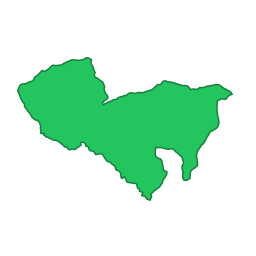 Dungmin, Pemagatsel, Bhutan (Albers equal-area conic projection), rotated 175°
{"feature_id": "84629894B90871610259656", "entity_name": "Dungmin", "entity_type": "district", "adm_level": 2, "iso_a3": "BTN", "parent_name": "Bhutan", "parent_adm1": "Pemagatsel", "projection": "albers", "projection_center": [91.278, 26.981], "detail": "fine", "context": "isolated", "style": "filled", "palette": "green", "viewbox_px": 256, "rotation_deg": 175, "n_neighbors": 0, "source": "geoboundaries", "source_scale": "gbopen_adm2", "svg_char_len": 5881}
<svg xmlns="http://www.w3.org/2000/svg" viewBox="0 0 256 256"><g transform="rotate(175 128 128)"><path d="M70.7,72.3L69.8,78.2L68.9,79.9L67.5,81.0L64.2,82.9L62.3,84.2L61.8,85.7L61.8,88.3L62.2,93.5L61.8,96.4L61.0,98.5L58.4,101.8L57.8,102.4L57.3,103.1L57.2,103.7L56.4,104.4L54.6,105.5L53.6,106.7L50.8,110.8L50.3,111.9L48.5,113.9L47.0,116.6L46.4,117.0L42.1,118.9L40.3,119.8L39.1,120.7L38.3,121.8L37.5,123.6L36.9,125.8L37.1,128.9L37.6,132.2L37.8,137.8L37.5,142.2L37.2,143.4L36.9,144.1L37.0,144.9L37.0,146.5L36.7,147.0L34.0,148.4L32.3,148.9L28.6,148.1L27.4,148.5L26.2,150.4L24.9,151.3L23.7,151.9L22.8,152.2L21.4,152.4L22.4,154.4L23.1,155.5L24.2,156.2L24.7,156.4L25.7,157.1L26.8,157.9L29.2,159.3L30.9,160.7L31.1,161.0L33.0,162.7L34.1,163.2L37.1,163.7L38.5,163.2L40.5,163.1L41.1,162.9L43.4,162.9L44.3,162.7L45.5,162.8L46.3,162.4L48.9,161.9L49.3,161.7L52.3,161.9L52.8,162.1L53.8,161.5L55.5,160.6L57.0,160.5L58.0,160.9L59.1,161.1L60.1,161.2L61.1,160.9L61.7,161.0L62.2,161.1L62.6,161.5L63.0,161.9L63.5,163.0L64.6,164.2L65.7,164.9L66.8,165.2L67.9,165.3L68.3,165.5L70.3,165.5L71.2,165.9L72.3,166.6L72.9,166.7L74.1,167.2L75.2,167.4L75.6,167.6L77.2,168.5L78.2,169.0L81.3,170.0L84.2,170.5L85.2,170.9L86.3,171.7L87.2,171.7L88.2,171.6L89.0,171.4L89.6,170.9L90.1,170.2L91.2,169.0L91.6,168.7L92.0,168.5L92.9,168.4L94.1,168.6L94.8,168.6L95.2,168.4L96.8,167.0L98.2,166.0L100.6,164.1L102.2,163.7L102.7,163.7L105.1,163.2L108.3,162.4L109.9,161.9L111.0,161.9L111.4,162.0L111.8,162.0L112.7,162.3L114.0,162.5L115.9,162.3L116.8,162.0L118.7,161.9L120.1,162.4L121.1,162.6L122.6,162.8L123.5,162.7L124.0,162.5L124.7,162.2L125.9,161.2L126.4,161.0L127.1,160.7L129.4,160.4L129.9,160.3L130.6,160.0L131.3,159.9L132.1,159.9L132.7,159.8L133.3,159.5L134.8,159.2L135.2,159.0L135.8,158.4L136.2,157.9L136.6,157.6L138.1,157.7L138.8,157.5L140.0,157.4L143.6,155.9L145.1,155.6L146.2,155.3L146.5,155.0L147.3,154.7L149.0,154.1L149.3,153.9L149.9,153.3L150.7,153.4L151.1,153.8L151.3,154.3L151.3,154.8L149.8,156.6L147.7,158.0L146.1,159.0L145.3,160.4L145.6,161.9L147.3,164.5L148.1,166.1L148.2,168.4L148.5,169.0L147.7,170.9L148.0,172.7L149.0,174.6L149.1,175.5L149.3,176.2L150.4,176.9L154.1,180.2L154.8,180.7L156.6,181.7L156.8,183.1L156.8,183.5L156.9,184.2L155.9,185.8L156.6,188.2L157.0,189.0L157.2,189.4L157.2,190.5L157.4,191.7L158.2,193.1L159.0,194.9L159.2,196.7L159.1,197.1L159.0,197.6L158.6,198.1L158.4,199.0L159.3,199.9L160.9,201.0L162.9,201.6L163.8,201.4L164.9,200.9L165.9,200.3L167.5,199.8L169.3,199.9L170.6,199.5L175.4,200.5L178.6,200.7L179.2,200.5L180.2,200.1L181.9,199.3L182.7,199.3L183.7,199.0L184.3,198.7L186.8,197.7L188.1,196.8L189.6,196.6L193.6,196.5L194.8,196.5L196.8,197.1L198.2,196.9L200.0,195.2L201.8,193.9L204.8,192.0L207.5,191.9L208.4,192.9L213.1,188.8L216.2,186.9L218.0,184.4L218.7,183.1L221.6,182.7L224.0,181.9L225.8,181.1L229.5,181.0L231.6,180.2L232.6,178.8L234.6,174.9L233.5,171.7L233.2,170.2L232.2,166.5L231.5,165.3L231.0,164.2L230.9,163.5L230.4,162.7L229.6,161.8L229.3,161.5L229.1,161.1L229.2,158.5L228.7,157.5L226.8,154.5L226.4,153.5L225.7,152.5L224.9,151.5L224.3,151.0L223.9,150.4L223.8,149.6L222.7,147.1L221.7,146.1L220.4,144.6L219.8,144.2L219.0,143.9L217.8,143.5L216.5,142.2L215.9,141.4L215.7,141.0L215.5,139.9L214.9,138.0L215.0,137.0L215.2,136.1L215.3,135.2L215.2,134.0L215.0,132.0L215.1,131.4L215.5,130.8L215.3,130.4L214.9,130.1L214.5,129.9L214.0,129.8L213.1,130.1L212.7,130.2L212.3,129.8L212.3,129.4L212.5,128.9L212.5,128.4L212.2,128.1L211.4,127.6L210.7,126.5L210.4,126.2L209.9,126.0L209.5,126.1L208.2,125.5L207.8,125.2L207.2,124.4L206.8,124.2L205.4,123.8L205.0,123.6L203.4,122.3L202.9,122.2L202.0,122.1L201.0,122.2L200.5,122.1L200.2,121.9L199.2,121.0L198.0,120.2L197.6,119.9L196.7,118.9L195.5,117.9L194.7,117.1L193.6,116.1L193.1,114.8L192.6,114.6L192.2,114.5L190.7,114.7L190.4,114.4L190.3,113.4L190.1,113.0L189.8,112.6L189.0,112.0L188.8,111.6L188.4,111.4L187.4,111.4L186.5,111.8L185.6,111.9L184.6,111.8L183.0,111.2L182.2,111.4L181.1,112.3L179.9,113.0L177.8,114.0L176.5,114.7L176.3,115.2L176.3,117.1L176.0,117.5L175.6,117.8L175.2,117.9L174.2,117.8L173.4,117.4L172.6,116.8L172.3,116.4L171.9,115.6L171.8,115.1L171.8,114.2L171.7,113.7L171.3,113.5L170.4,113.3L169.5,112.9L169.2,112.5L169.0,112.1L169.0,111.1L168.7,110.2L168.1,108.9L166.4,108.3L165.0,108.0L164.6,107.8L163.6,106.7L163.4,106.3L163.3,105.4L163.0,105.0L162.7,104.7L162.3,104.4L161.8,104.4L158.5,104.7L157.5,104.6L156.1,104.4L155.5,104.0L155.3,103.1L154.9,102.0L153.7,100.1L152.9,98.3L152.2,97.4L151.3,96.5L149.2,95.6L148.4,95.2L147.9,94.6L147.5,93.7L146.8,93.1L145.2,92.0L144.6,91.0L144.2,90.4L144.1,89.8L143.7,87.7L143.1,87.0L141.5,86.4L140.7,85.8L140.0,85.1L139.1,82.7L139.3,81.0L139.1,79.1L139.0,78.7L138.7,78.4L138.1,78.3L137.5,78.6L137.0,79.0L136.3,79.8L135.9,79.8L135.5,79.5L135.3,79.2L134.3,75.5L133.9,74.6L133.3,74.0L132.4,73.7L129.6,73.1L127.7,72.4L126.9,72.3L126.0,72.3L125.4,72.1L124.7,71.8L124.0,70.1L124.0,68.9L123.8,67.8L123.7,67.4L122.2,66.5L122.0,66.0L122.1,64.4L122.0,64.0L121.3,63.6L120.6,63.3L119.8,63.0L119.4,62.6L119.1,62.2L119.0,61.7L120.2,60.0L120.0,59.3L119.1,59.1L117.3,58.5L116.8,58.1L116.5,57.4L115.5,56.0L115.3,55.5L114.8,55.2L114.1,55.1L113.6,54.6L113.0,54.4L111.9,54.4L111.7,55.3L111.2,56.5L110.5,57.6L110.4,58.3L110.6,58.6L111.1,58.9L111.2,59.4L110.7,60.1L110.0,60.9L108.9,61.7L108.2,62.5L105.4,64.3L103.2,65.6L102.0,66.3L101.3,67.0L99.9,68.7L98.9,70.0L97.5,73.1L96.7,74.4L95.8,75.2L94.3,77.1L93.8,77.9L93.0,80.3L93.3,81.3L94.8,81.8L96.4,83.3L96.7,88.5L97.1,90.8L97.2,92.6L98.4,94.4L99.9,95.0L101.6,96.1L102.6,97.0L103.1,98.7L102.9,101.7L102.0,106.3L99.5,105.8L96.5,105.6L92.8,104.1L89.6,103.3L86.7,103.6L85.7,103.3L85.2,103.2L83.8,102.1L83.1,100.6L81.0,98.9L79.4,97.2L78.2,95.7L77.0,94.5L76.4,92.9L76.3,91.4L75.6,88.8L76.5,86.7L77.6,84.9L77.7,82.2L77.0,79.3L77.5,77.1L77.7,74.4L77.2,71.6L76.1,71.0L75.5,70.8L74.9,70.7L74.3,70.8L73.6,71.0L70.7,72.3Z" fill="#22c55e" stroke="#15803d" stroke-width="1.5"/></g></svg>